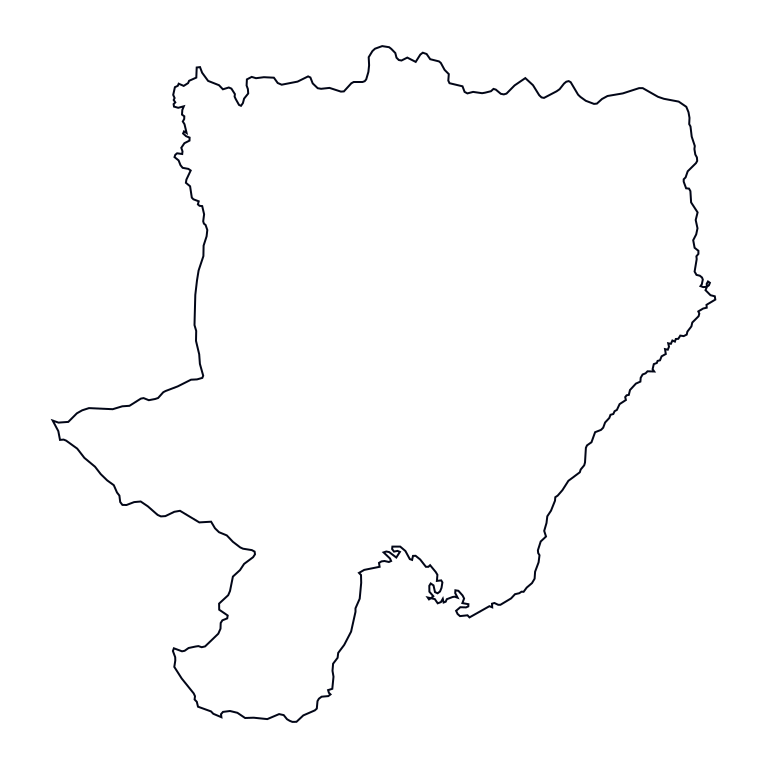 Arinos, Minas Gerais, Brazil
{"feature_id": "56859067B82279681596655", "entity_name": "Arinos", "entity_type": "district", "adm_level": 2, "iso_a3": "BRA", "parent_name": "Brazil", "parent_adm1": "Minas Gerais", "projection": "albers", "projection_center": [-46.019, -15.804], "detail": "fine", "context": "isolated", "style": "outline", "palette": "ink", "viewbox_px": 768, "rotation_deg": 0, "n_neighbors": 0, "source": "geoboundaries", "source_scale": "gbopen_adm2", "svg_char_len": 6014}
<svg xmlns="http://www.w3.org/2000/svg" viewBox="0 0 768 768"><path d="M706.9,286.8L703.2,287.1L700.5,286.1L701.8,284.3L702.8,279.6L702.0,277.5L699.8,275.7L696.5,274.9L694.6,271.6L696.7,259.1L696.4,256.3L698.4,253.9L698.4,250.8L694.6,247.8L693.2,240.2L696.2,234.4L697.5,228.3L695.7,220.0L697.6,212.4L691.1,202.4L690.4,191.1L689.0,188.6L686.1,188.3L683.7,181.7L683.7,179.3L685.6,177.4L687.7,171.3L696.0,163.1L697.2,160.9L696.9,157.4L695.3,154.5L694.4,149.0L694.8,146.0L691.7,136.6L690.5,126.5L689.2,124.1L689.5,117.9L688.5,112.2L686.3,106.8L678.7,101.6L663.9,98.8L658.0,96.8L642.7,88.1L639.2,88.1L622.8,93.4L607.5,96.0L602.0,99.0L596.9,103.6L594.0,103.9L585.8,100.8L580.4,96.9L578.1,94.7L570.7,82.2L568.7,81.1L566.3,81.7L564.1,83.5L559.6,89.2L556.6,91.3L544.0,97.9L541.5,97.4L539.2,95.2L533.0,85.2L525.3,78.1L514.6,85.4L506.5,93.6L503.8,94.4L500.8,93.8L495.8,89.6L493.5,88.9L491.0,91.2L485.0,92.7L482.1,93.2L473.1,91.9L467.4,93.4L464.6,91.9L462.5,86.3L449.5,83.2L448.3,80.6L448.8,74.1L444.6,69.9L440.8,62.9L439.0,61.4L430.2,59.2L426.6,54.0L422.8,52.7L420.3,54.6L415.7,61.9L407.3,57.6L401.5,60.5L398.8,60.0L396.5,57.7L395.3,53.0L391.3,48.9L389.1,47.2L382.2,46.1L375.0,48.7L372.4,51.1L368.7,57.2L369.1,65.2L368.4,71.9L366.2,79.4L364.7,81.2L362.5,82.0L353.7,82.0L351.3,83.3L343.9,91.4L340.9,91.6L329.5,87.9L321.1,88.8L317.7,88.2L312.7,83.4L310.4,77.5L308.1,76.4L297.6,81.6L281.7,84.7L277.7,83.0L273.9,77.7L263.9,77.2L256.0,78.2L251.7,76.9L246.9,79.4L246.6,85.5L247.9,89.1L248.2,93.5L244.1,98.6L242.9,103.1L241.0,105.8L239.0,104.9L235.7,99.0L234.6,96.6L234.9,94.1L231.4,88.6L228.8,87.5L222.9,89.3L219.0,85.2L208.1,80.9L202.1,72.7L200.0,67.1L196.7,67.5L196.3,77.6L189.1,80.8L188.1,83.1L183.7,85.9L178.7,83.7L177.8,85.8L174.9,87.2L173.2,94.9L174.6,98.0L173.7,100.0L175.3,102.4L173.6,104.1L174.0,106.6L178.2,107.8L183.8,106.3L182.3,110.0L182.0,114.6L184.3,116.3L184.2,119.0L182.8,121.5L184.5,124.2L186.6,133.0L184.0,131.4L183.1,133.5L186.1,136.2L189.6,137.6L189.5,140.6L184.4,143.2L181.3,147.8L182.5,151.4L182.2,154.0L177.1,153.3L175.3,154.8L174.5,157.1L178.6,160.4L180.5,165.2L182.6,167.8L188.4,168.9L190.7,170.5L186.4,179.6L185.9,182.8L190.1,186.3L191.8,197.6L193.4,199.3L198.7,201.3L197.9,204.4L199.5,205.8L202.2,206.1L204.1,214.3L203.2,221.3L203.9,223.6L205.6,225.0L207.3,230.0L206.6,236.3L203.6,245.6L203.4,256.1L198.6,270.5L197.0,280.4L195.3,294.9L194.7,316.9L194.5,325.1L196.2,330.9L196.0,340.9L199.2,354.3L199.9,363.9L203.2,375.7L202.3,377.9L197.0,379.4L191.0,379.7L177.7,386.4L165.6,391.0L163.3,392.2L158.1,398.0L155.1,399.0L148.8,400.2L143.6,398.1L140.9,398.6L129.5,405.8L122.3,406.3L112.7,409.2L89.0,408.1L82.2,410.3L76.9,413.3L68.3,421.9L58.5,422.6L52.7,420.6L58.3,431.1L60.0,439.9L63.6,439.6L66.1,440.6L77.2,448.6L84.4,457.9L95.0,466.7L100.8,474.2L107.2,480.4L113.8,485.2L117.0,492.5L119.4,495.6L120.2,502.0L122.4,504.9L126.5,505.0L134.1,502.1L140.7,501.5L147.8,506.3L157.6,514.9L160.9,516.4L165.4,516.1L174.3,511.8L180.0,510.8L199.3,522.4L211.1,521.7L215.0,528.3L219.0,532.2L226.8,535.4L232.9,541.8L240.2,547.4L243.0,548.7L251.8,550.1L254.6,551.6L255.0,554.3L253.1,557.2L244.1,563.9L240.0,570.1L232.9,576.6L230.0,591.0L228.2,595.2L219.1,603.6L219.2,609.7L227.7,615.5L227.2,618.4L222.4,620.3L220.7,623.0L220.5,628.7L218.3,633.7L205.1,646.4L201.7,647.2L198.4,646.1L195.7,646.5L188.6,648.0L184.6,650.8L182.0,651.3L173.9,648.3L172.9,651.0L175.2,657.2L175.3,660.5L174.3,666.9L181.7,678.5L193.7,693.4L195.0,696.2L194.6,699.5L196.8,701.8L198.0,706.7L211.0,711.4L213.3,713.8L221.4,717.2L221.0,714.2L223.0,711.9L230.0,711.0L237.4,712.8L245.1,718.0L253.6,717.7L267.3,719.1L279.1,714.1L283.7,715.1L287.0,719.2L289.7,720.8L292.4,721.9L296.5,721.8L303.3,715.4L314.8,710.4L316.8,708.6L317.5,701.1L318.9,698.7L321.6,696.7L328.3,696.1L330.5,694.4L328.9,692.8L328.1,690.1L332.3,688.8L333.5,676.7L332.5,670.8L333.1,663.7L337.6,657.8L338.2,652.9L344.2,644.9L351.1,631.6L355.5,611.8L355.5,608.3L359.7,598.7L361.2,582.8L361.0,575.0L359.0,572.9L364.2,569.9L379.6,566.8L379.0,562.9L381.5,561.4L384.5,561.0L388.9,562.0L391.1,561.0L390.0,558.5L383.6,552.4L386.3,551.5L389.2,552.1L396.3,557.5L399.9,551.9L397.5,550.9L394.0,551.6L392.1,549.0L392.4,546.6L400.2,546.6L405.4,551.0L409.8,559.1L412.1,559.9L413.0,555.9L415.6,555.8L420.2,559.5L425.9,566.8L428.4,566.8L430.1,565.2L435.8,572.1L437.4,574.8L436.9,580.9L441.2,580.4L442.4,582.4L441.5,587.9L440.0,591.5L437.6,593.3L435.0,592.1L433.5,585.4L430.7,583.5L429.3,585.8L429.4,591.7L433.3,596.2L431.0,598.2L434.8,599.1L437.7,603.3L440.9,602.1L442.8,598.8L443.6,602.5L445.7,601.7L446.8,599.2L452.6,597.0L454.7,596.7L457.6,597.7L455.2,593.1L455.4,590.3L458.4,590.8L462.6,595.5L464.1,598.5L462.4,603.1L468.4,604.2L468.3,606.4L466.0,607.4L460.3,607.2L456.1,610.8L457.6,614.0L460.0,616.1L467.5,615.3L469.5,617.4L489.4,606.2L492.2,607.3L492.0,603.7L494.4,603.0L498.2,604.8L500.4,604.8L511.1,598.4L515.0,594.2L519.3,593.2L521.5,591.7L523.6,591.8L526.7,587.6L532.0,583.1L534.6,578.7L535.1,571.7L538.6,562.3L539.5,555.2L538.2,553.1L537.9,550.3L540.7,541.5L546.0,536.5L544.2,530.9L546.5,523.0L547.3,516.3L551.0,510.7L555.0,500.7L555.3,497.2L557.7,495.6L562.4,490.2L568.4,480.8L579.8,472.3L580.7,469.5L584.2,465.3L585.0,462.5L585.9,447.8L587.0,445.4L591.5,442.2L595.1,432.2L601.0,429.9L603.2,427.7L605.1,422.5L609.3,418.0L610.5,414.8L613.3,414.0L614.6,411.2L616.9,409.9L619.6,404.1L625.9,400.0L625.2,397.1L626.6,395.3L628.8,394.9L630.0,390.0L635.9,383.6L640.4,381.6L640.7,377.8L642.6,374.5L645.6,373.3L647.5,371.3L654.2,371.5L652.6,369.2L653.8,364.1L656.8,363.0L657.6,360.9L660.0,360.3L661.6,356.3L665.8,354.0L665.0,349.1L667.8,349.7L669.0,346.7L668.2,343.3L670.9,343.8L672.4,340.5L674.9,341.6L675.8,339.0L678.3,338.8L680.3,335.6L683.7,336.1L686.7,334.6L687.4,331.6L691.4,326.4L692.3,322.5L698.6,316.2L699.3,313.6L698.3,311.4L703.2,308.5L706.7,307.7L706.5,304.8L715.3,299.6L714.8,296.3L710.5,295.2L705.5,290.2L706.9,286.8ZM706.9,286.8L708.9,285.3L709.9,282.8L708.0,281.5L706.7,283.8L706.9,286.8ZM431.0,598.2L427.7,597.5L429.0,599.4L431.0,598.2Z" fill="none" stroke="#020617" stroke-width="2"/></svg>